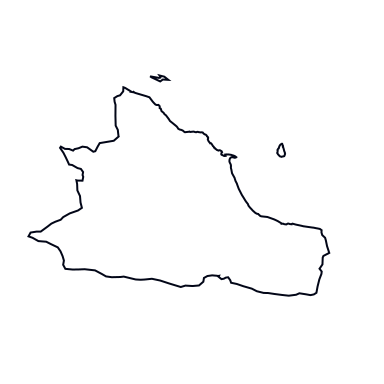 Bukoba Urban, Kagera, United Republic of Tanzania, rotated 284°
{"feature_id": "72390352B77165247512892", "entity_name": "Bukoba Urban", "entity_type": "district", "adm_level": 2, "iso_a3": "TZA", "parent_name": "United Republic of Tanzania", "parent_adm1": "Kagera", "projection": "robinson", "projection_center": [31.824, -1.321], "detail": "fine", "context": "isolated", "style": "outline", "palette": "ink", "viewbox_px": 384, "rotation_deg": 284, "n_neighbors": 0, "source": "geoboundaries", "source_scale": "gbopen_adm2", "svg_char_len": 5559}
<svg xmlns="http://www.w3.org/2000/svg" viewBox="0 0 384 384"><g transform="rotate(284 192 192)"><path d="M186.3,327.0L187.1,325.0L187.0,322.6L186.9,321.1L186.8,318.5L186.6,317.1L186.2,313.2L185.8,309.3L185.8,308.9L185.7,308.7L185.7,306.2L185.5,300.5L185.6,297.2L185.0,296.4L184.8,296.4L184.8,296.2L184.6,295.2L184.6,294.3L184.7,293.4L184.6,292.9L184.5,292.6L184.3,292.4L183.5,291.4L183.4,291.4L183.3,291.2L183.2,290.1L183.1,289.2L183.3,288.0L182.9,286.8L183.1,286.8L184.5,282.3L184.8,280.9L185.2,278.9L185.2,278.6L185.3,278.3L186.0,271.2L185.2,265.4L185.2,264.1L185.9,263.0L186.1,262.4L186.7,261.6L186.6,260.2L186.8,259.6L186.9,258.8L188.8,255.2L189.4,254.4L191.0,251.9L192.4,250.1L192.5,250.1L193.3,249.5L193.8,249.2L195.3,247.3L195.6,246.9L196.1,246.4L196.3,246.1L198.9,243.5L201.2,241.1L206.5,236.5L207.7,235.7L208.3,235.3L208.7,235.0L208.9,234.9L209.0,234.8L209.9,234.2L210.7,233.7L210.9,233.6L211.6,233.0L213.3,231.5L214.0,231.1L215.1,230.4L216.0,229.9L218.9,227.2L219.9,226.3L223.4,224.7L223.7,224.5L223.9,224.4L224.2,224.2L224.7,224.0L225.2,223.8L225.8,223.6L226.5,223.6L227.9,223.0L228.1,222.9L228.7,222.4L228.8,222.3L229.5,221.7L230.0,221.3L231.0,220.8L232.8,220.6L233.4,220.7L234.2,220.9L234.3,221.0L235.0,221.5L235.3,221.9L235.6,223.4L235.6,224.0L235.5,224.7L235.5,224.9L235.6,225.3L236.0,226.1L236.2,226.3L236.5,226.5L237.0,225.4L237.3,224.2L237.3,223.7L237.4,223.3L237.4,222.6L237.4,222.2L237.5,221.3L237.5,220.9L237.5,220.7L237.4,219.8L237.3,218.5L237.0,217.5L236.9,216.7L236.7,216.1L236.4,215.3L236.2,215.5L235.8,215.6L235.2,215.9L234.8,214.8L234.8,213.9L234.9,213.7L235.2,212.6L235.2,212.3L235.2,212.1L235.3,211.7L235.5,211.4L235.9,211.4L236.0,211.3L236.2,211.2L236.7,211.1L236.8,211.1L237.2,211.2L237.5,211.3L237.8,211.5L238.0,211.3L238.4,211.2L238.7,210.9L238.8,210.7L238.9,210.1L239.0,209.9L239.2,209.3L239.2,209.0L239.2,208.8L239.2,208.7L239.0,208.1L238.6,207.7L238.7,206.9L238.9,205.7L239.1,205.5L239.3,205.1L239.4,204.8L239.6,204.1L240.0,203.8L240.1,203.7L240.4,202.6L240.7,202.5L241.2,202.1L241.6,201.2L242.1,200.8L242.6,200.2L243.4,199.4L243.9,198.5L243.8,198.4L243.6,197.9L243.8,197.7L244.2,197.2L244.6,196.7L244.8,196.4L245.5,195.6L245.8,195.4L246.3,195.1L246.6,194.7L247.1,194.6L247.8,194.7L248.4,194.3L248.9,194.4L249.4,193.7L249.5,193.5L249.7,193.0L250.1,192.8L250.4,192.5L250.5,192.3L251.0,191.4L251.0,190.6L251.0,190.3L251.3,189.7L251.4,189.3L251.5,189.2L251.7,188.8L252.3,188.1L252.3,187.1L251.9,185.9L251.8,184.7L251.7,183.8L251.8,183.1L251.7,182.8L251.4,182.1L251.0,181.6L250.9,180.7L250.9,180.3L251.0,179.5L251.0,179.4L251.0,179.0L250.6,177.8L249.8,175.7L250.0,175.0L249.9,174.9L248.3,170.7L248.6,169.7L249.3,168.4L249.4,168.1L249.6,167.0L249.7,166.1L249.6,165.2L250.0,163.4L250.7,162.7L251.1,162.3L251.2,162.2L252.0,161.1L255.6,153.4L257.0,152.0L257.2,151.7L257.4,151.6L257.5,151.5L257.6,151.3L260.1,148.2L260.9,146.4L261.2,146.1L261.9,145.4L262.6,144.0L262.6,143.9L262.7,143.7L263.1,143.0L263.2,142.8L264.9,141.8L265.3,141.5L265.5,140.4L267.4,139.9L267.5,139.7L268.4,138.4L267.9,136.9L267.9,136.5L268.0,135.5L268.1,135.2L269.7,132.7L270.5,131.6L273.6,127.8L273.9,124.4L274.4,112.8L274.6,112.2L274.9,111.3L274.6,111.3L274.6,110.9L274.4,108.3L274.8,108.4L276.8,102.0L277.0,100.1L273.0,100.9L268.4,98.8L267.0,96.4L264.3,93.8L260.8,95.1L258.1,96.7L247.3,99.3L237.9,101.9L234.3,105.0L231.5,106.0L228.4,107.2L228.1,107.4L222.8,103.7L217.1,90.6L214.6,89.9L213.7,89.6L208.2,88.3L207.2,86.5L210.0,79.4L209.5,74.7L207.0,71.3L205.2,67.7L203.4,66.6L204.0,62.4L203.1,58.3L204.3,53.8L202.9,53.3L199.0,57.7L195.1,61.1L191.2,64.3L188.9,66.1L189.2,69.2L187.5,75.2L187.5,78.6L185.0,81.5L182.0,81.7L180.4,82.8L176.5,83.0L175.4,78.1L175.4,77.0L172.0,78.6L165.8,80.4L161.0,84.3L154.8,86.4L150.0,89.0L146.5,85.9L141.7,78.6L136.5,73.1L133.3,71.3L130.1,66.6L127.3,63.2L123.6,60.3L117.0,54.8L115.9,50.6L113.6,45.2L109.4,44.1L109.0,48.3L107.2,54.8L108.5,62.6L107.4,67.3L105.8,75.2L102.6,78.8L98.4,82.0L94.5,84.3L90.2,84.6L86.8,87.7L87.9,95.0L89.5,101.0L91.1,106.5L92.5,116.9L90.6,124.5L89.3,129.0L89.9,134.7L92.2,143.1L93.4,146.2L93.5,158.5L94.4,163.3L95.6,167.2L98.1,174.1L98.4,182.5L97.7,192.2L97.1,204.1L99.6,208.3L100.9,215.3L103.0,221.4L107.7,224.7L111.5,224.4L114.2,227.3L116.0,231.7L116.8,236.7L116.6,237.2L117.2,238.5L116.2,238.3L115.6,239.5L114.6,241.7L115.6,243.9L117.1,245.5L118.0,247.7L115.7,250.4L113.4,251.9L113.6,257.7L113.0,264.7L112.7,273.4L111.4,278.9L111.4,285.9L112.4,290.4L113.0,296.7L113.9,304.4L114.8,311.0L117.5,317.9L119.7,320.7L120.3,327.3L120.6,331.9L122.1,335.0L124.3,337.1L130.7,336.7L138.0,336.7L143.8,337.4L146.2,337.1L148.4,334.3L153.3,336.1L160.0,334.7L161.8,335.0L166.1,339.9L172.2,336.1L177.4,333.6L179.8,332.2L181.7,328.8L184.1,327.4L186.3,327.0ZM254.7,265.1L254.3,265.0L253.7,264.8L253.2,265.1L252.8,265.1L252.7,265.0L251.6,265.4L250.5,265.2L249.9,265.9L249.7,266.0L249.3,266.4L249.2,266.6L248.9,267.1L248.6,267.5L247.9,268.6L247.8,270.0L247.8,270.5L248.1,270.8L248.3,271.2L248.5,271.7L248.7,272.1L248.9,272.4L249.0,272.6L249.1,272.8L249.4,272.9L249.9,273.0L250.3,273.0L250.5,273.0L251.5,273.1L251.9,272.8L252.0,272.8L252.5,272.6L252.9,272.5L253.3,272.1L253.5,271.9L254.4,271.4L256.8,270.1L257.6,269.3L258.2,269.1L258.3,269.3L258.8,269.1L259.3,268.8L259.6,268.4L260.0,268.0L260.6,267.8L260.6,267.6L260.2,267.3L259.7,266.6L258.8,266.1L258.6,266.0L257.4,265.7L255.9,265.6L255.2,265.6L254.9,265.3L254.9,265.2L254.7,265.1ZM294.7,132.3L294.1,123.4L293.5,124.9L291.6,134.4L294.1,136.5L295.1,141.9L297.2,137.2L297.2,132.3L296.0,133.7L295.4,133.7L294.7,132.3Z" fill="none" stroke="#020617" stroke-width="2"/></g></svg>